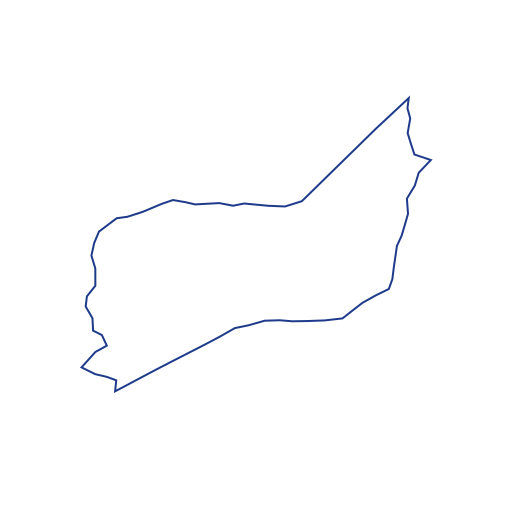 the district of Cachoeirinha, Rio Grande do Sul, Brazil, rotated 65°
{"feature_id": "56859067B54299641019683", "entity_name": "Cachoeirinha", "entity_type": "district", "adm_level": 2, "iso_a3": "BRA", "parent_name": "Brazil", "parent_adm1": "Rio Grande do Sul", "projection": "equal_earth", "projection_center": [-51.095, -29.919], "detail": "fine", "context": "isolated", "style": "outline", "palette": "blue", "viewbox_px": 512, "rotation_deg": 65, "n_neighbors": 0, "source": "geoboundaries", "source_scale": "gbopen_adm2", "svg_char_len": 934}
<svg xmlns="http://www.w3.org/2000/svg" viewBox="0 0 512 512"><g transform="rotate(65 256 256)"><path d="M319.1,440.9L316.8,395.8L316.1,379.5L315.6,365.2L314.6,339.0L313.8,322.7L312.4,305.7L315.6,292.2L318.3,275.5L324.3,261.6L330.5,250.7L336.5,237.3L343.4,221.0L349.1,204.0L346.4,192.4L343.4,179.2L342.3,163.9L342.0,149.5L334.6,142.2L324.7,136.0L306.4,124.0L299.2,115.5L291.0,108.2L282.0,100.4L267.8,95.0L259.2,82.2L249.3,73.3L242.9,57.0L231.0,69.5L220.6,68.3L208.7,66.6L196.5,58.1L186.1,56.3L177.4,50.8L191.2,93.3L225.7,191.3L223.4,208.7L215.6,223.8L203.4,244.6L200.8,255.4L192.5,267.0L183.5,289.4L177.4,297.2L170.2,307.6L168.9,319.6L168.1,340.1L166.1,356.0L162.9,366.3L167.5,388.0L175.9,397.2L186.1,405.0L199.4,406.9L215.1,414.2L221.1,426.3L229.8,431.7L243.3,430.5L254.8,435.2L262.5,429.1L274.2,429.1L275.1,442.1L283.2,461.2L295.1,451.7L302.3,442.5L309.6,435.2L319.1,440.9Z" fill="none" stroke="#1e3a8a" stroke-width="2"/></g></svg>